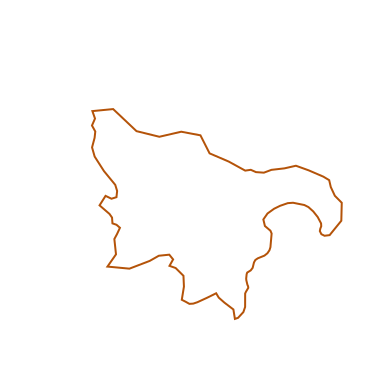 Azua, Mercator projection, rotated 320°
{"feature_id": "DOM-1974", "entity_name": "Azua", "entity_type": "Province", "adm_level": 1, "iso_a3": "DOM", "parent_name": "Dominican Republic", "parent_adm1": "", "projection": "mercator", "projection_center": [-70.822, 18.624], "detail": "fine", "context": "isolated", "style": "outline", "palette": "amber", "viewbox_px": 384, "rotation_deg": 320, "n_neighbors": 0, "source": "natural_earth", "source_scale": "10m", "svg_char_len": 1428}
<svg xmlns="http://www.w3.org/2000/svg" viewBox="0 0 384 384"><g transform="rotate(320 192 192)"><path d="M269.7,313.5L265.4,310.7L264.0,307.5L264.8,304.1L266.8,302.5L269.0,301.3L270.7,299.0L272.2,292.0L272.4,284.8L271.5,278.4L269.7,274.2L262.5,265.2L258.2,262.1L250.6,259.2L244.1,257.6L236.0,257.0L229.0,258.9L226.0,264.9L227.2,272.1L226.3,275.0L216.6,284.7L213.9,286.4L210.4,287.4L206.6,287.3L199.8,285.1L196.8,284.8L194.2,285.8L189.7,289.1L186.6,289.8L182.5,289.2L181.0,290.1L177.8,293.2L176.9,294.5L174.8,298.7L174.4,300.2L173.5,301.6L169.2,303.1L167.5,303.9L158.8,314.2L154.2,317.0L146.4,318.0L143.3,316.8L148.2,308.6L145.7,297.5L144.6,290.1L145.4,285.1L135.9,282.8L125.3,279.9L121.2,278.3L118.1,276.0L116.6,272.0L114.9,268.0L125.0,259.3L131.6,250.7L130.6,239.7L127.3,234.1L134.2,231.5L134.3,225.4L125.6,219.5L115.3,217.6L94.8,210.5L79.3,194.8L93.7,190.9L102.3,178.1L107.6,176.0L113.8,173.1L113.1,168.6L110.9,164.9L114.3,160.2L114.7,155.8L112.6,142.8L123.3,139.4L126.0,145.4L130.8,147.4L135.3,143.1L137.8,137.2L138.0,119.4L140.2,102.3L144.1,93.6L152.2,87.9L156.8,83.5L158.1,76.8L164.9,73.4L167.7,66.0L184.9,77.8L188.6,109.7L202.5,128.7L222.5,138.9L234.9,154.0L230.3,173.7L239.7,192.3L246.5,209.8L251.3,212.8L253.8,217.9L259.5,223.4L267.1,226.1L278.0,233.3L288.5,238.7L295.3,250.4L302.5,264.7L304.7,271.1L301.5,277.4L299.0,286.7L299.8,296.5L287.9,310.0L269.7,313.5Z" fill="none" stroke="#b45309" stroke-width="2"/></g></svg>